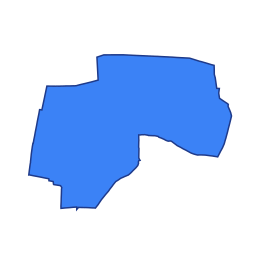 the district of Melchor Ocampo, México, Mexico, rotated 353°
{"feature_id": "50627088B63143835112864", "entity_name": "Melchor Ocampo", "entity_type": "district", "adm_level": 2, "iso_a3": "MEX", "parent_name": "Mexico", "parent_adm1": "México", "projection": "albers", "projection_center": [-99.133, 19.708], "detail": "fine", "context": "isolated", "style": "filled", "palette": "blue", "viewbox_px": 256, "rotation_deg": 353, "n_neighbors": 0, "source": "geoboundaries", "source_scale": "gbopen_adm2", "svg_char_len": 3024}
<svg xmlns="http://www.w3.org/2000/svg" viewBox="0 0 256 256"><g transform="rotate(353 128 128)"><path d="M100.7,188.5L101.0,188.2L102.0,187.1L102.1,186.9L103.6,185.4L104.6,184.4L105.5,183.5L106.1,182.8L107.7,181.2L109.4,179.6L110.6,179.1L112.3,178.3L113.9,177.4L114.3,177.2L114.8,177.0L115.0,176.9L117.1,176.3L118.9,175.7L120.5,175.3L121.4,175.0L122.4,174.8L123.9,173.9L125.6,172.7L126.1,172.3L126.7,171.8L127.3,171.3L127.5,171.1L129.1,169.9L130.7,168.7L131.6,167.9L132.4,167.1L133.1,166.5L133.3,166.1L134.2,164.2L134.1,163.2L134.5,162.1L134.8,161.7L136.0,161.6L135.5,160.4L135.1,159.2L135.1,158.9L135.2,157.9L136.4,149.5L136.2,148.5L136.8,144.4L137.0,143.0L137.3,141.4L137.4,139.7L137.8,136.2L139.7,136.4L140.1,136.3L141.1,136.4L141.4,136.4L142.6,136.6L143.8,136.6L145.2,137.1L146.7,137.5L147.3,137.9L151.9,138.7L152.8,138.8L153.7,138.9L153.9,139.0L154.8,139.3L157.0,140.1L157.5,140.9L158.1,141.2L160.3,142.3L160.5,142.5L162.4,143.6L164.0,144.8L165.7,145.7L166.6,146.0L168.3,146.0L169.4,146.4L170.0,146.9L171.4,148.3L173.3,150.1L174.7,151.5L175.6,152.1L176.8,152.9L178.0,153.7L180.2,155.4L182.5,156.9L185.7,159.2L187.5,160.5L190.0,161.8L191.9,162.6L193.7,163.3L195.2,163.4L197.1,163.6L201.4,164.3L206.0,165.5L207.7,165.9L208.5,166.1L209.8,166.5L212.3,167.2L213.5,167.6L214.4,166.3L215.5,164.7L217.3,162.0L218.1,161.0L218.9,159.8L219.3,159.3L220.7,156.9L221.5,155.6L222.1,154.2L222.7,152.7L223.4,151.1L224.0,149.8L224.5,148.5L226.1,144.6L227.6,140.6L229.2,136.6L230.7,132.7L232.2,128.7L231.8,125.3L231.0,122.3L230.0,119.0L230.0,118.2L230.4,117.0L230.1,116.3L226.0,112.8L223.3,110.4L222.5,109.8L222.4,108.2L222.3,104.4L223.5,99.9L220.9,99.5L220.8,94.1L220.7,88.7L220.3,86.2L220.2,85.2L220.7,80.8L221.1,76.3L218.3,75.2L213.6,73.1L208.9,71.1L208.1,70.8L207.5,70.6L207.0,70.4L202.2,68.2L198.2,66.4L197.3,66.1L193.3,65.4L189.3,64.7L185.3,64.0L181.3,63.2L177.3,62.5L173.3,61.8L168.1,60.9L166.0,60.5L164.6,60.3L144.4,56.9L132.3,54.8L122.5,53.6L112.8,52.5L109.3,53.2L105.8,53.9L105.0,65.3L104.2,76.8L101.6,77.2L97.4,77.8L90.7,78.6L86.9,79.0L83.8,79.4L81.9,79.7L79.6,79.6L79.1,79.5L75.8,79.2L72.6,78.8L71.5,78.7L69.1,78.5L66.3,78.2L65.6,78.2L64.8,78.1L62.0,77.7L61.4,77.7L59.2,77.4L56.2,77.0L53.2,76.6L52.6,76.5L48.7,88.0L44.7,99.6L43.2,99.1L42.5,99.0L41.4,102.6L40.2,106.2L39.0,109.8L37.9,113.4L36.7,117.1L35.5,120.7L34.4,124.3L33.2,127.9L32.1,131.5L31.8,131.5L30.8,134.7L28.9,141.8L28.0,145.8L27.1,149.7L27.1,150.0L26.3,152.7L25.0,157.7L23.8,162.5L24.3,162.5L28.1,163.8L31.9,165.0L35.6,166.2L39.4,167.5L43.1,168.7L43.3,169.0L43.1,170.7L47.2,172.0L47.2,174.8L47.4,175.1L53.7,176.9L54.0,177.0L55.0,179.0L54.5,180.7L54.4,181.7L53.9,185.0L53.2,189.3L52.6,193.4L51.9,197.5L51.7,199.6L56.3,199.7L60.0,199.9L63.8,200.0L67.5,200.2L67.2,202.6L69.2,200.8L74.0,201.5L75.4,201.7L75.6,201.7L77.6,202.0L79.9,202.4L80.9,202.6L81.1,202.6L82.0,202.8L82.6,202.9L83.2,203.0L84.6,203.2L85.9,203.5L89.1,200.3L90.0,199.2L92.7,196.1L92.8,196.0L93.1,195.7L97.0,191.9L97.3,191.6L100.7,188.5Z" fill="#3b82f6" stroke="#1e3a8a" stroke-width="1.5"/></g></svg>